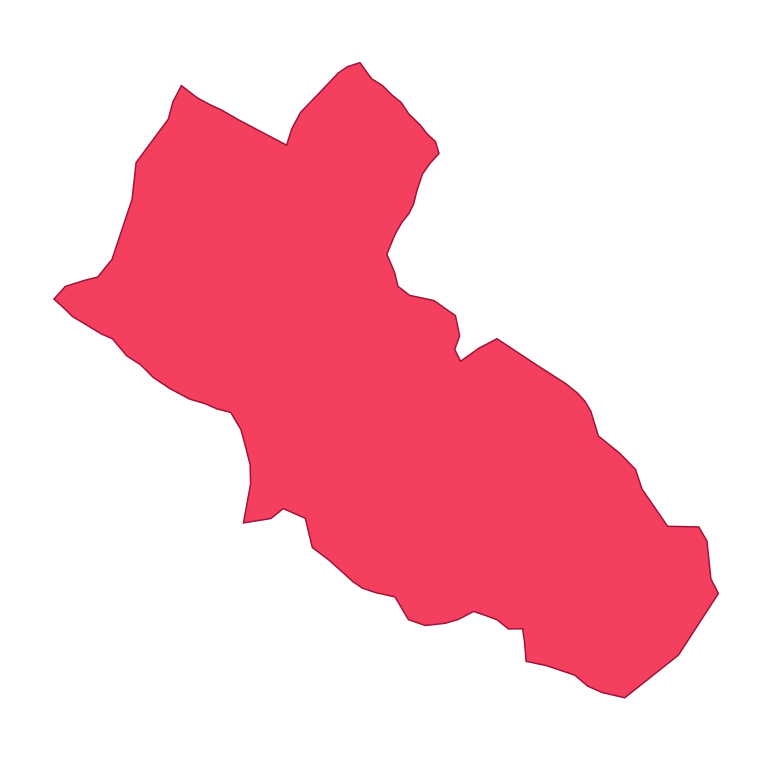 outline of Presidente Castelo Branco, Paraná, Brazil, rotated 88°
{"feature_id": "56859067B40878166558418", "entity_name": "Presidente Castelo Branco", "entity_type": "district", "adm_level": 2, "iso_a3": "BRA", "parent_name": "Brazil", "parent_adm1": "Paraná", "projection": "orthographic", "projection_center": [-52.155, -23.264], "detail": "fine", "context": "isolated", "style": "filled", "palette": "rose", "viewbox_px": 768, "rotation_deg": 88, "n_neighbors": 0, "source": "geoboundaries", "source_scale": "gbopen_adm2", "svg_char_len": 1462}
<svg xmlns="http://www.w3.org/2000/svg" viewBox="0 0 768 768"><g transform="rotate(88 384 384)"><path d="M536.1,105.5L498.0,129.8L478.2,135.6L461.7,150.6L443.4,171.6L418.5,178.2L408.2,183.8L400.0,190.8L390.4,201.8L370.2,231.0L342.7,269.5L351.3,287.5L363.9,306.7L351.9,312.1L338.6,306.7L318.2,310.2L302.3,331.3L296.3,355.3L286.9,366.6L272.7,369.6L254.4,376.6L234.7,367.7L223.1,360.5L214.7,353.3L205.2,348.1L192.1,344.4L175.6,338.3L164.6,329.9L155.6,321.0L143.6,324.1L135.2,332.5L126.6,338.6L115.0,349.8L103.2,357.0L95.5,365.9L85.8,375.0L78.5,385.8L62.0,396.8L65.5,409.2L71.5,418.8L88.7,436.3L109.5,457.8L126.0,467.4L141.9,473.0L114.5,520.9L104.6,536.6L98.6,548.5L91.3,560.9L78.7,576.1L94.5,585.0L111.7,590.3L154.0,624.0L190.5,629.3L250.0,651.5L267.2,666.5L269.7,678.6L275.3,699.0L287.6,710.9L298.1,700.1L305.8,692.9L315.0,678.6L323.8,665.3L329.4,653.8L347.0,640.0L356.4,626.5L369.5,614.3L381.1,598.2L392.3,578.8L397.2,564.1L403.2,551.5L407.1,538.1L424.7,528.5L443.0,524.3L459.9,520.6L479.2,520.8L517.9,529.3L514.5,501.7L505.0,489.1L515.5,467.3L530.6,464.3L545.0,461.3L558.1,445.1L568.4,434.4L580.6,421.8L587.3,412.7L592.2,399.6L597.2,380.4L620.4,367.8L626.8,351.2L625.3,331.3L621.9,318.0L614.4,302.3L618.7,291.1L623.6,279.2L633.1,268.2L633.5,254.0L646.2,252.6L666.2,251.6L671.1,231.5L681.7,203.5L693.1,190.9L700.0,176.6L706.0,154.4L665.2,99.2L605.0,57.1L590.2,64.1L552.2,66.7L537.8,74.4L536.1,105.5Z" fill="#f43f5e" stroke="#9f1239" stroke-width="1.5"/></g></svg>